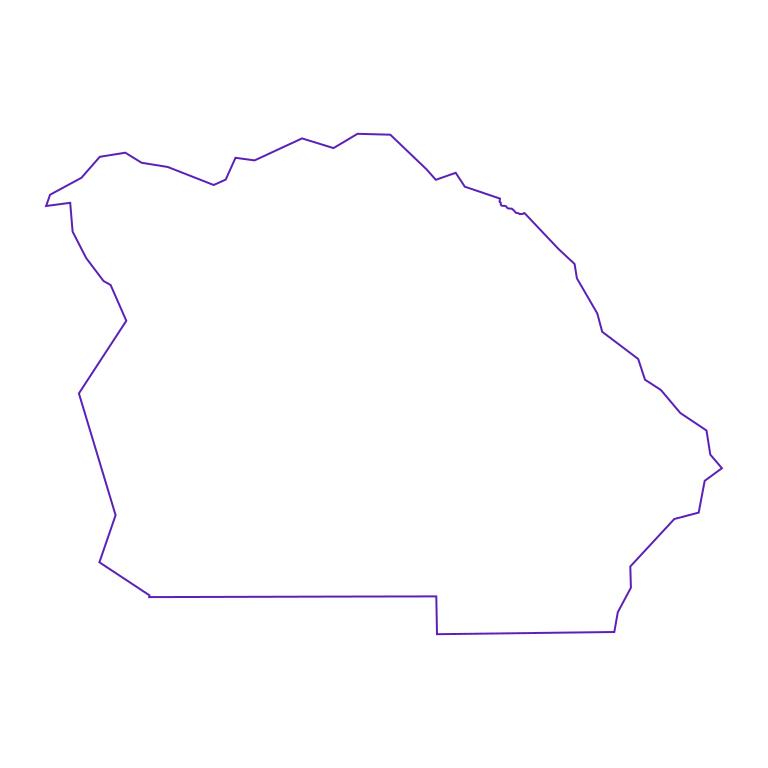 Citrus, Florida, United States of America (Mercator projection)
{"feature_id": "52423323B9967886911021", "entity_name": "Citrus", "entity_type": "district", "adm_level": 2, "iso_a3": "USA", "parent_name": "United States of America", "parent_adm1": "Florida", "projection": "mercator", "projection_center": [-82.446, 28.857], "detail": "fine", "context": "isolated", "style": "outline", "palette": "violet", "viewbox_px": 768, "rotation_deg": 0, "n_neighbors": 0, "source": "geoboundaries", "source_scale": "gbopen_adm2", "svg_char_len": 981}
<svg xmlns="http://www.w3.org/2000/svg" viewBox="0 0 768 768"><path d="M46.1,206.0L70.2,202.8L72.6,231.6L86.2,258.1L103.5,281.0L110.6,285.0L126.3,320.8L78.9,393.4L115.6,515.2L99.4,562.3L149.4,595.3L149.2,597.1L334.3,596.6L436.3,596.4L437.0,634.2L614.3,632.0L617.8,612.2L630.9,587.7L630.3,566.5L674.3,519.0L698.7,512.6L704.7,480.8L721.9,468.2L710.3,454.6L706.5,430.5L680.3,413.0L660.9,390.0L645.0,379.7L638.2,359.0L602.2,331.8L597.3,313.5L576.9,278.3L574.6,264.0L558.6,249.1L524.6,213.2L524.0,213.1L522.8,213.9L519.7,214.1L518.4,213.2L516.6,213.0L515.5,212.4L514.3,210.9L511.9,208.7L508.6,208.5L507.4,208.0L505.9,206.2L504.7,205.9L502.1,205.8L501.4,205.5L500.8,204.6L500.8,202.8L499.6,201.8L500.0,198.6L464.8,186.7L455.7,172.8L435.8,179.8L426.4,169.2L390.3,134.7L357.5,133.8L333.5,148.1L302.0,138.4L254.6,160.4L235.5,157.8L225.7,179.6L213.7,185.0L167.8,167.0L141.7,162.8L125.3,152.7L99.8,156.8L81.4,177.8L50.1,194.7L46.1,206.0Z" fill="none" stroke="#5b21b6" stroke-width="2"/></svg>